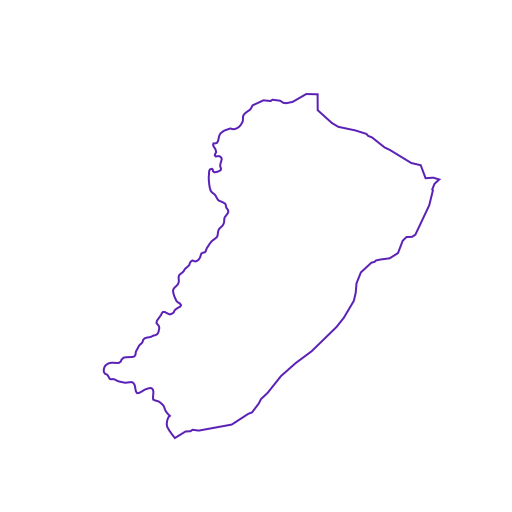 San José Poaquil, Chimaltenango, Guatemala (Natural Earth projection), rotated 232°
{"feature_id": "79465075B26188939943042", "entity_name": "San José Poaquil", "entity_type": "district", "adm_level": 2, "iso_a3": "GTM", "parent_name": "Guatemala", "parent_adm1": "Chimaltenango", "projection": "natural_earth1", "projection_center": [-90.895, 14.861], "detail": "fine", "context": "isolated", "style": "outline", "palette": "violet", "viewbox_px": 512, "rotation_deg": 232, "n_neighbors": 0, "source": "geoboundaries", "source_scale": "gbopen_adm2", "svg_char_len": 3997}
<svg xmlns="http://www.w3.org/2000/svg" viewBox="0 0 512 512"><g transform="rotate(232 256 256)"><path d="M345.5,404.1L352.7,395.3L354.9,379.7L357.8,373.9L359.8,371.9L363.5,370.6L369.0,365.2L369.1,363.0L374.1,357.7L375.0,353.7L376.8,346.2L375.1,342.1L375.0,340.2L375.2,337.7L375.1,334.5L374.6,332.8L373.8,331.5L371.8,329.9L370.2,328.4L369.2,326.1L368.5,324.0L368.2,322.0L368.4,319.9L368.7,318.6L369.2,317.2L370.4,315.6L372.2,314.4L372.7,313.2L373.5,310.8L374.0,309.4L374.4,307.7L374.5,305.1L374.4,303.4L373.6,301.4L372.5,299.9L370.8,297.9L370.0,296.9L369.2,294.9L369.9,293.1L370.9,291.8L369.9,290.5L368.1,290.0L366.1,289.9L364.9,289.7L362.3,288.5L361.6,286.7L360.7,285.5L359.3,285.5L358.3,287.2L357.1,288.7L354.9,289.2L353.5,288.7L351.9,286.7L351.0,285.3L349.6,283.7L348.5,282.9L346.6,282.4L345.4,281.1L345.7,278.8L346.4,276.9L347.5,274.8L349.3,274.3L350.4,275.0L351.7,275.1L352.6,273.1L352.0,271.7L350.9,270.6L348.6,268.6L347.0,267.1L343.9,264.9L340.3,262.7L338.4,261.7L336.5,260.9L335.2,260.4L333.1,260.5L331.0,261.0L329.9,261.3L328.5,261.3L326.9,261.0L325.5,260.8L323.2,260.6L321.8,261.2L320.1,262.2L318.5,263.0L316.3,263.9L315.1,263.7L313.7,263.0L312.0,262.3L310.2,262.3L308.8,262.0L307.8,261.2L307.0,260.0L306.7,258.7L306.2,257.0L305.9,255.6L305.2,254.3L303.8,253.0L302.3,251.7L301.2,250.0L300.7,248.8L300.4,247.2L300.3,245.8L300.1,244.0L299.6,242.6L298.9,241.6L297.3,239.8L296.2,238.8L295.1,237.2L294.9,235.3L294.9,233.4L295.0,231.1L294.6,228.6L293.9,226.2L293.2,224.4L292.7,222.7L291.8,220.8L290.9,219.8L290.4,218.0L291.2,216.4L291.6,214.6L290.6,212.9L289.3,211.0L288.5,208.8L288.4,207.4L288.8,205.2L290.1,204.0L291.6,203.2L291.8,201.6L291.3,199.8L290.0,197.9L289.7,195.9L289.6,193.3L289.5,191.9L288.5,189.5L288.3,187.3L288.4,185.5L288.1,183.4L286.9,181.9L285.3,180.8L284.0,180.0L282.7,178.6L281.9,177.3L281.4,174.8L281.3,172.9L280.9,171.0L280.0,169.5L278.7,168.6L277.3,167.9L276.1,167.4L274.4,166.8L272.1,166.2L270.9,165.9L269.2,165.6L267.0,166.1L265.5,166.8L263.4,166.7L262.8,165.1L263.2,162.8L263.4,160.1L263.2,158.3L262.2,156.3L262.2,154.6L263.0,152.1L264.8,151.1L266.4,150.4L267.9,149.7L269.2,148.2L268.9,146.6L267.9,144.7L267.4,142.9L267.0,141.5L266.2,138.7L265.6,137.5L264.4,136.3L262.7,136.3L260.9,136.4L258.8,135.5L257.4,133.8L256.5,132.8L255.8,131.7L255.2,129.9L255.6,127.8L256.5,126.0L256.9,123.7L257.9,121.4L258.7,120.2L259.7,117.6L259.4,115.5L258.2,113.8L257.6,112.2L257.6,110.2L257.2,108.2L256.1,106.1L255.5,104.4L254.7,102.7L253.8,101.6L252.5,100.4L251.8,98.4L252.3,96.8L253.1,95.6L255.2,92.7L256.7,90.5L257.4,88.9L257.1,86.2L256.1,84.5L256.2,82.1L257.6,80.2L258.8,78.9L260.5,76.9L261.2,75.8L262.1,73.8L262.4,72.3L262.4,69.8L261.8,68.3L260.9,66.9L259.6,65.6L258.4,64.8L256.5,64.5L253.8,65.7L251.8,65.5L249.2,65.1L247.8,66.2L246.9,67.7L245.6,68.7L242.6,70.0L241.0,71.2L238.6,73.2L236.7,74.8L235.8,76.2L234.4,78.6L233.0,80.6L231.0,81.2L229.0,80.9L227.3,80.1L225.8,79.3L223.2,78.0L221.1,77.9L220.2,79.2L219.6,82.0L219.4,83.9L219.2,85.9L218.4,88.5L217.9,89.8L216.8,91.8L215.7,92.4L213.9,92.4L212.1,91.5L210.2,89.8L207.9,87.7L206.2,86.6L204.2,87.6L202.8,88.7L201.7,89.5L200.5,90.0L199.0,90.4L196.1,90.9L194.9,90.9L193.7,90.7L191.7,90.0L189.6,89.4L187.9,89.3L184.9,89.4L183.0,89.7L182.9,87.9L181.9,86.0L180.8,84.5L179.2,82.8L177.9,81.8L176.2,80.9L175.0,80.7L173.7,80.5L171.5,80.2L167.5,80.0L164.4,80.0L162.5,80.0L161.1,92.4L158.2,96.6L158.2,98.9L153.6,103.5L143.6,122.6L138.1,133.1L136.4,152.6L135.2,156.6L138.1,167.5L140.2,171.9L141.0,180.9L146.0,201.8L147.2,221.4L146.7,241.1L150.5,275.7L153.3,287.3L160.4,305.4L165.5,311.8L172.6,318.4L178.5,328.5L179.7,342.8L178.4,345.7L178.6,347.9L176.5,352.1L171.9,359.9L170.9,369.7L177.7,381.0L178.3,386.2L177.1,387.9L175.0,390.8L174.7,394.7L178.0,401.3L189.3,423.7L198.8,435.8L200.0,435.9L203.0,441.2L203.5,447.5L208.6,443.9L212.9,437.5L226.1,441.7L233.7,435.6L257.1,426.8L262.3,424.2L278.1,420.4L281.6,418.3L284.2,418.2L293.8,411.6L307.1,400.4L314.0,397.7L332.9,394.4L345.5,404.1Z" fill="none" stroke="#5b21b6" stroke-width="2"/></g></svg>